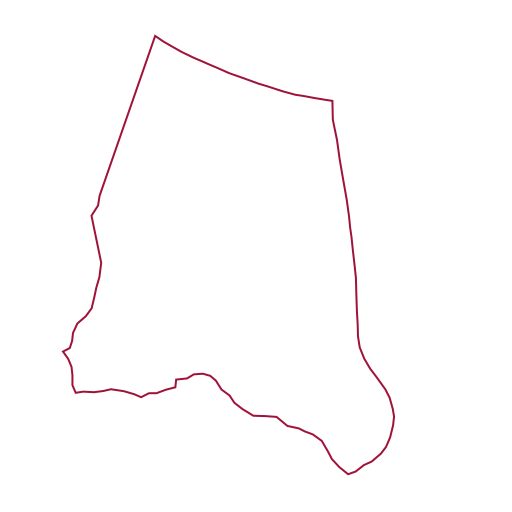 outline of Saubara, Brazil, rotated 282°
{"feature_id": "56859067B52739574440824", "entity_name": "Saubara", "entity_type": "district", "adm_level": 2, "iso_a3": "BRA", "parent_name": "Brazil", "parent_adm1": "", "projection": "albers", "projection_center": [-38.789, -12.785], "detail": "fine", "context": "isolated", "style": "outline", "palette": "rose", "viewbox_px": 512, "rotation_deg": 282, "n_neighbors": 0, "source": "geoboundaries", "source_scale": "gbopen_adm2", "svg_char_len": 1330}
<svg xmlns="http://www.w3.org/2000/svg" viewBox="0 0 512 512"><g transform="rotate(282 256 256)"><path d="M61.7,391.5L65.9,398.3L74.0,405.1L79.0,411.9L88.7,419.3L96.3,422.9L106.4,424.9L118.9,425.3L127.7,424.4L134.8,421.6L145.1,416.2L152.5,410.2L162.6,399.1L169.4,391.2L178.0,383.3L188.1,376.5L198.5,372.5L210.1,369.7L224.1,365.9L240.7,361.8L255.3,358.3L268.5,354.0L281.9,349.5L294.0,345.6L303.6,342.1L314.0,338.8L330.0,333.0L348.8,325.4L368.6,317.5L386.1,311.2L405.3,302.8L423.6,298.5L423.1,289.3L422.7,280.6L422.4,269.2L421.9,260.7L422.7,247.2L424.4,231.3L425.1,222.7L427.4,206.1L429.3,191.5L432.1,178.3L433.7,170.0L437.2,152.8L440.2,140.6L443.7,129.5L446.4,121.2L450.3,111.6L282.4,90.5L272.5,91.0L261.2,86.7L217.2,106.0L202.8,107.2L191.8,106.4L181.9,106.4L170.7,106.1L161.8,102.1L152.8,95.3L142.7,93.0L134.7,93.8L127.3,93.0L122.4,87.1L116.2,93.8L109.2,98.6L101.0,101.3L91.5,103.3L84.7,108.1L87.4,115.2L89.1,125.9L92.2,134.7L95.5,141.8L96.3,154.8L95.5,165.6L94.0,173.0L99.5,179.8L101.1,187.2L106.5,195.7L110.8,204.4L118.5,203.6L121.9,214.0L127.3,219.8L129.8,228.5L129.3,236.1L125.8,242.6L118.2,250.0L114.1,259.1L107.9,265.4L103.4,274.7L99.2,286.6L101.4,298.8L102.9,309.5L96.3,322.1L96.3,333.6L94.5,340.5L93.3,348.7L88.8,358.8L79.9,366.9L73.1,372.5L66.7,381.6L61.7,391.5Z" fill="none" stroke="#9f1239" stroke-width="2"/></g></svg>